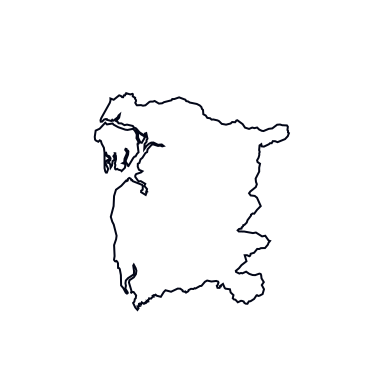 Angoche, Nampula, Mozambique, rotated 142°
{"feature_id": "85939544B28799715012212", "entity_name": "Angoche", "entity_type": "district", "adm_level": 2, "iso_a3": "MOZ", "parent_name": "Mozambique", "parent_adm1": "Nampula", "projection": "albers", "projection_center": [39.817, -16.095], "detail": "fine", "context": "isolated", "style": "outline", "palette": "ink", "viewbox_px": 384, "rotation_deg": 142, "n_neighbors": 0, "source": "geoboundaries", "source_scale": "gbopen_adm2", "svg_char_len": 6110}
<svg xmlns="http://www.w3.org/2000/svg" viewBox="0 0 384 384"><g transform="rotate(142 192 192)"><path d="M307.8,135.9L307.6,132.7L305.7,133.3L305.3,135.4L303.3,134.4L303.3,135.9L302.6,136.5L301.6,136.2L301.2,134.8L299.5,135.9L298.7,133.5L297.8,133.6L297.4,134.5L297.4,133.2L296.9,132.9L295.9,133.0L295.8,133.6L294.5,133.0L294.4,133.8L293.6,133.0L293.1,134.0L291.9,134.0L291.3,134.6L289.9,133.2L287.7,133.6L286.8,133.2L286.8,134.4L285.4,134.2L284.5,133.3L283.9,133.4L283.6,131.9L281.1,128.6L276.0,130.5L273.4,130.9L269.9,126.3L262.8,124.7L260.8,123.1L260.0,120.4L260.4,119.5L259.3,117.9L258.5,117.7L258.6,116.4L256.0,116.1L255.0,116.8L252.4,116.3L250.6,114.7L249.2,114.6L248.6,113.8L243.6,113.0L242.3,112.2L237.1,113.3L234.6,112.9L231.8,109.5L227.7,107.0L226.6,105.3L226.9,104.3L229.1,102.9L230.2,102.8L230.9,100.8L229.3,99.5L228.6,100.0L227.6,99.8L227.6,100.6L224.2,100.5L225.3,96.2L225.1,95.2L222.0,92.0L223.4,89.0L222.8,85.2L225.3,83.2L225.1,81.5L224.1,80.4L223.8,76.9L220.4,76.1L219.6,75.3L218.7,73.9L219.0,72.4L218.4,70.9L217.1,69.8L214.6,70.8L213.1,69.9L208.9,69.5L204.9,70.8L204.3,70.7L203.8,69.3L202.5,68.7L199.2,68.1L195.1,71.1L194.3,75.7L190.9,76.8L190.4,81.1L188.7,83.9L188.4,85.2L189.2,86.2L193.4,87.6L195.4,89.3L197.3,92.3L198.4,95.9L202.4,96.9L203.2,98.0L204.9,98.6L206.5,101.9L206.0,102.9L201.9,103.0L198.1,103.9L191.7,103.9L189.4,109.7L187.6,108.4L186.4,106.1L185.4,106.0L183.8,107.2L180.5,105.9L175.7,107.0L174.1,105.7L172.2,105.3L169.0,102.9L164.6,103.8L163.1,104.8L160.7,105.4L161.5,106.6L161.2,112.4L164.1,113.9L166.6,120.7L169.3,122.1L175.2,128.7L179.4,132.1L179.6,133.7L177.7,133.9L175.5,132.7L174.6,133.5L172.8,133.6L172.0,134.3L170.9,133.8L167.7,134.2L165.6,135.6L160.0,137.1L159.5,137.8L157.4,137.7L156.3,136.6L151.8,137.9L146.5,138.6L144.3,147.5L145.0,150.3L147.9,153.2L147.8,155.9L145.7,156.5L138.7,156.6L136.1,158.2L135.4,160.5L133.6,163.4L126.5,166.7L124.1,169.8L121.0,172.4L121.9,175.2L121.2,176.9L118.5,178.0L116.1,179.8L115.2,181.1L114.0,181.9L113.3,183.7L110.1,187.1L108.0,187.0L109.0,185.1L107.4,183.5L102.0,182.3L100.4,182.4L99.2,181.4L97.0,182.3L95.2,180.8L93.9,178.6L86.1,176.4L82.2,177.0L79.4,178.7L79.7,179.8L78.7,181.0L78.6,182.1L76.3,184.4L76.2,186.0L79.7,189.0L81.1,191.0L83.5,192.6L89.6,192.7L92.6,194.5L98.1,196.0L99.3,197.2L100.6,199.8L101.0,202.7L103.5,203.9L104.9,205.7L108.2,206.6L110.6,210.1L110.3,214.3L112.1,220.6L113.0,221.0L115.0,220.4L117.3,222.4L119.4,222.2L123.7,224.1L126.6,227.4L127.1,231.2L127.8,232.7L130.5,236.0L132.0,237.0L132.3,238.9L134.3,241.0L134.1,243.8L135.2,246.3L132.8,249.9L133.0,251.3L132.3,253.2L132.6,255.4L134.0,258.4L138.7,263.9L139.3,265.7L140.6,267.2L140.4,268.8L143.9,274.5L148.6,276.1L150.4,277.4L151.7,276.9L158.7,280.0L160.9,280.3L163.6,282.0L165.4,286.7L167.1,287.3L168.9,288.7L170.0,289.2L175.3,289.0L177.5,290.2L178.7,291.9L182.0,294.2L182.1,294.9L181.8,297.2L180.0,298.2L179.5,299.3L179.5,300.7L178.8,301.3L179.8,303.8L178.4,305.5L178.5,306.0L180.6,306.9L182.9,310.2L183.3,309.7L184.1,310.1L185.3,309.4L186.3,310.1L187.9,309.1L188.7,309.8L188.9,311.5L189.9,313.0L196.9,312.9L198.7,315.9L199.8,314.4L201.8,312.9L218.0,306.1L219.9,304.9L220.6,303.6L219.5,302.8L216.6,303.2L215.1,302.6L214.3,301.9L214.7,301.4L211.9,297.7L210.5,298.0L210.5,296.9L209.9,296.6L204.6,296.6L202.7,297.5L201.1,297.6L203.7,295.4L208.1,294.6L207.4,292.9L207.6,291.4L205.3,289.4L204.1,286.3L201.7,285.1L198.0,280.5L198.1,278.7L196.9,276.5L196.6,271.3L194.3,264.7L193.1,267.0L191.8,266.6L194.3,261.4L196.0,260.8L196.8,259.6L199.9,258.9L203.2,255.2L199.6,256.3L196.3,256.5L193.7,256.0L191.9,254.7L189.7,250.1L186.6,248.1L186.0,245.7L187.4,246.3L188.4,248.1L190.4,249.2L193.2,253.3L194.6,254.1L200.7,253.0L202.8,251.1L204.7,251.4L210.0,249.5L212.5,249.4L215.6,247.3L217.3,247.6L219.2,245.3L220.1,242.2L218.3,238.9L220.1,238.8L224.9,240.5L226.4,240.0L227.4,238.9L227.6,234.0L227.3,233.1L225.7,232.1L223.8,227.2L225.8,226.1L225.6,222.0L226.9,221.1L227.1,219.9L228.3,220.2L228.6,219.2L230.3,218.2L232.2,223.2L231.3,224.3L229.4,224.2L227.3,226.8L226.9,228.3L232.0,237.0L231.8,238.2L232.5,238.6L232.1,240.2L232.8,241.7L234.5,241.7L235.6,240.6L236.3,240.7L236.0,241.3L236.7,241.6L243.9,240.4L250.5,240.6L255.9,236.8L262.5,229.1L271.3,222.4L273.1,217.7L273.7,214.6L278.4,203.9L280.9,201.5L286.1,198.1L292.5,189.1L295.2,186.6L295.3,184.9L294.9,184.3L294.0,184.2L293.8,183.2L294.2,181.4L297.0,177.7L296.3,176.8L296.4,175.7L299.2,170.3L305.4,162.0L305.3,158.6L306.2,153.4L305.8,152.0L305.0,151.9L304.5,152.4L304.0,156.9L301.8,158.8L300.6,161.1L298.6,163.0L295.4,163.5L288.5,162.9L286.4,165.3L283.6,170.2L282.6,170.6L283.3,166.6L284.3,164.2L286.8,161.8L290.4,160.6L295.6,161.0L297.4,159.5L300.6,151.3L302.5,149.8L300.7,150.1L299.6,149.1L299.7,144.9L301.8,142.9L303.0,142.8L304.9,141.1L306.7,140.8L307.8,135.9ZM225.7,256.0L225.8,253.2L226.5,252.4L226.1,251.6L217.3,255.0L215.6,255.3L214.5,254.8L211.7,256.0L209.7,256.2L205.5,263.2L205.0,263.6L204.4,263.0L203.6,263.3L202.6,268.6L200.2,271.2L199.6,273.4L199.3,276.2L199.8,278.2L204.6,280.6L206.2,282.2L210.2,288.4L212.3,293.3L212.4,294.9L217.4,297.6L217.7,300.0L225.8,298.7L230.1,299.7L234.7,295.3L236.1,293.0L236.1,291.9L234.9,289.3L232.9,289.5L232.4,288.3L233.4,285.7L234.2,281.1L236.7,276.9L246.3,264.5L247.7,261.5L247.8,260.2L247.1,259.7L243.8,261.8L242.7,267.2L241.8,268.5L239.9,269.3L237.0,268.7L236.0,268.9L237.2,273.6L236.8,275.1L235.2,276.6L236.5,273.4L235.1,271.1L235.4,268.7L236.8,267.4L239.5,267.2L240.2,266.7L239.2,265.5L239.7,263.6L241.1,261.3L238.8,262.1L235.5,265.2L233.3,265.1L232.1,266.9L231.9,268.6L229.4,269.3L229.0,270.1L228.6,269.7L229.6,268.3L231.4,267.7L231.1,266.9L230.2,266.7L231.7,264.6L235.3,261.9L235.7,260.5L237.7,258.8L238.4,257.2L238.1,256.6L236.7,256.3L236.3,255.0L234.6,252.7L234.6,251.8L229.9,252.4L227.7,254.6L227.7,255.6L228.9,257.4L227.2,257.1L224.6,259.8L220.1,262.2L218.7,263.7L218.7,266.3L217.7,266.9L217.1,266.2L217.7,264.8L217.0,264.0L217.1,263.2L219.4,260.8L225.0,257.5L225.7,256.0ZM198.8,275.6L198.9,270.9L201.0,268.1L202.0,263.7L201.9,262.4L201.3,261.7L195.8,263.9L195.4,265.6L196.6,268.4L197.9,274.9L198.8,275.6Z" fill="none" stroke="#020617" stroke-width="2"/></g></svg>